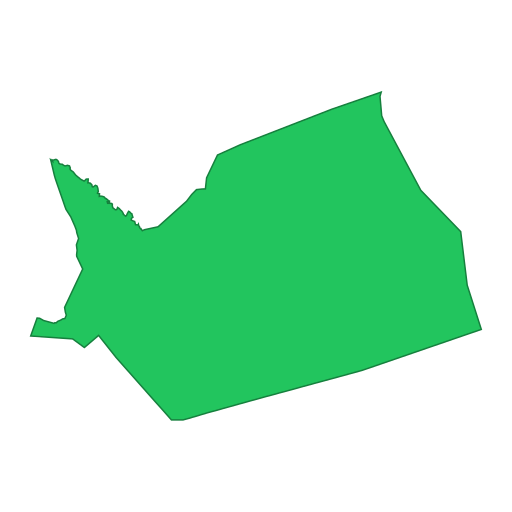 the district of San Miguel Achiutla, Oaxaca, Mexico
{"feature_id": "50627088B14664801571450", "entity_name": "San Miguel Achiutla", "entity_type": "district", "adm_level": 2, "iso_a3": "MEX", "parent_name": "Mexico", "parent_adm1": "Oaxaca", "projection": "robinson", "projection_center": [-97.508, 17.31], "detail": "fine", "context": "isolated", "style": "filled", "palette": "green", "viewbox_px": 512, "rotation_deg": 0, "n_neighbors": 0, "source": "geoboundaries", "source_scale": "gbopen_adm2", "svg_char_len": 2771}
<svg xmlns="http://www.w3.org/2000/svg" viewBox="0 0 512 512"><path d="M460.7,231.6L420.8,190.3L384.1,121.6L381.7,115.8L380.0,96.4L381.2,92.1L331.8,109.2L240.4,144.7L217.5,155.0L206.6,177.8L205.4,188.9L202.2,189.0L196.5,189.6L191.7,194.5L186.6,201.2L160.5,224.6L158.0,226.8L144.5,229.7L142.3,230.7L140.9,228.6L140.6,228.8L139.5,227.4L139.6,226.9L138.9,225.9L138.6,225.4L138.4,224.2L138.0,224.9L135.5,224.7L134.8,221.9L134.6,221.4L134.2,221.4L131.2,220.1L131.4,218.6L132.1,217.7L132.9,217.3L132.0,214.4L131.8,213.7L131.3,213.6L129.6,211.8L128.6,211.3L127.3,213.6L126.6,215.3L125.7,216.2L125.2,215.9L123.2,214.1L123.3,213.7L122.6,212.3L121.5,210.8L120.8,210.3L119.2,208.5L117.6,207.4L116.8,209.5L115.9,209.8L115.6,209.7L115.2,209.7L112.7,207.6L112.5,206.5L112.2,204.9L112.4,204.2L111.8,203.5L111.4,203.4L107.6,203.3L107.2,201.7L109.5,201.9L109.5,201.0L108.6,201.1L107.5,199.5L106.5,199.2L106.2,198.6L105.3,198.5L104.9,197.7L104.1,196.9L102.6,196.4L100.9,196.1L100.0,196.2L99.3,196.4L99.5,193.7L98.2,193.5L97.5,193.3L97.7,192.4L98.3,191.6L97.9,188.5L97.6,187.5L97.0,186.0L95.4,185.3L93.1,187.0L92.3,186.8L92.0,185.6L91.8,184.6L90.8,183.7L90.4,183.2L90.0,183.4L88.8,182.7L87.9,182.8L88.2,180.1L88.2,179.0L86.2,179.1L84.5,180.9L83.7,180.9L82.3,180.1L80.5,179.2L79.4,178.1L78.3,177.3L75.7,175.1L73.3,172.0L70.6,170.0L70.0,168.8L70.3,168.0L69.5,165.9L67.4,165.3L65.9,165.8L65.1,165.9L64.5,165.7L63.8,165.4L63.1,164.9L62.2,164.2L61.0,164.2L59.8,163.9L59.3,163.6L58.8,163.1L58.6,162.0L58.1,161.0L57.5,160.4L56.8,159.7L56.1,159.4L55.4,159.4L54.7,159.7L54.3,159.8L53.4,160.1L52.8,160.2L52.4,160.0L52.7,161.5L50.7,159.8L53.2,170.4L54.3,175.1L55.3,178.6L57.0,183.6L63.3,201.7L64.9,206.4L66.0,209.4L70.8,216.9L74.9,226.2L76.4,230.2L76.8,232.8L78.6,238.5L76.4,244.9L77.1,250.4L76.6,254.6L76.7,256.3L82.7,269.0L64.6,307.4L65.4,312.3L66.3,315.2L64.9,318.5L62.7,318.9L60.3,320.3L57.8,321.3L56.6,322.4L56.1,322.9L54.8,322.7L54.0,323.4L52.8,323.0L43.6,320.5L39.7,318.3L37.1,318.0L30.7,336.0L72.6,338.9L84.2,347.4L84.4,347.5L98.6,335.4L116.1,357.5L154.8,401.2L162.6,409.9L167.8,415.8L171.4,419.9L183.1,419.9L190.5,417.9L192.2,417.3L194.5,416.7L198.2,415.6L201.3,414.6L201.8,414.5L202.0,414.4L203.1,414.1L204.2,413.8L205.3,413.5L206.0,413.2L211.8,411.6L215.7,410.6L221.3,409.0L222.9,408.5L224.1,408.2L239.8,403.8L242.5,403.1L245.0,402.4L247.1,401.8L249.5,401.1L252.1,400.4L254.4,399.8L261.9,397.7L266.9,396.3L269.0,395.8L269.7,395.6L271.9,395.0L276.0,393.9L279.4,392.9L280.7,392.6L282.4,392.1L282.6,392.1L296.2,388.4L300.4,387.2L303.6,386.3L304.2,386.2L307.1,385.4L307.3,385.3L307.5,385.3L308.8,384.9L310.1,384.6L312.9,383.8L313.9,383.5L314.6,383.3L316.5,382.8L317.4,382.6L318.1,382.4L362.0,370.4L481.3,329.4L467.2,285.2L460.7,231.6Z" fill="#22c55e" stroke="#15803d" stroke-width="1.5"/></svg>